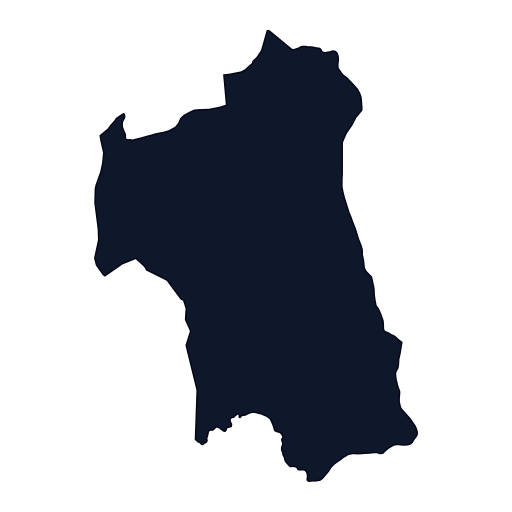 the district of Kota Kotamobagu, Sulawesi Utara, Indonesia
{"feature_id": "22746128B93986330379000", "entity_name": "Kota Kotamobagu", "entity_type": "district", "adm_level": 2, "iso_a3": "IDN", "parent_name": "Indonesia", "parent_adm1": "Sulawesi Utara", "projection": "equal_earth", "projection_center": [124.319, 0.711], "detail": "fine", "context": "isolated", "style": "filled", "palette": "ink", "viewbox_px": 512, "rotation_deg": 0, "n_neighbors": 0, "source": "geoboundaries", "source_scale": "gbopen_adm2", "svg_char_len": 6017}
<svg xmlns="http://www.w3.org/2000/svg" viewBox="0 0 512 512"><path d="M319.9,480.2L322.5,478.3L328.8,470.8L331.0,467.1L335.1,463.2L339.8,460.0L343.3,457.3L345.8,455.9L348.2,454.3L353.2,453.4L357.1,453.7L360.2,453.6L365.0,453.2L367.2,453.2L374.2,452.5L377.0,452.5L380.3,453.6L382.8,453.2L385.5,450.5L388.7,447.9L391.9,446.0L394.4,444.8L397.3,444.4L401.2,444.8L404.3,445.0L406.4,444.9L408.7,444.5L410.7,443.8L412.3,442.2L413.5,440.0L414.7,438.3L416.0,436.7L417.1,434.7L417.2,432.0L416.3,428.8L414.9,425.8L409.9,418.6L401.5,409.2L400.6,407.7L399.9,405.2L399.1,401.2L399.2,397.6L399.6,393.3L399.5,391.1L397.7,386.4L395.9,378.9L395.4,373.2L396.3,370.5L397.5,368.9L398.1,366.7L398.4,364.6L398.7,359.0L399.8,354.5L401.8,342.4L398.1,339.5L395.2,336.8L393.2,335.5L391.2,334.8L387.9,332.7L385.6,332.0L383.7,330.4L383.4,328.4L383.3,324.4L383.0,320.9L382.3,318.8L380.5,313.7L378.7,309.7L377.8,308.1L377.0,307.1L376.5,306.7L375.9,305.3L374.8,299.7L374.2,294.8L373.9,288.5L372.5,281.7L371.4,277.0L368.9,274.4L366.7,272.2L365.6,270.7L364.2,268.0L363.5,260.9L362.2,254.5L362.2,249.7L361.1,245.9L358.3,238.8L356.7,233.5L355.5,229.4L352.5,221.9L351.1,217.8L348.9,212.5L346.9,206.1L344.4,198.2L343.0,192.6L341.9,187.0L341.9,179.1L342.2,173.9L342.2,142.4L343.8,138.6L345.8,134.1L347.5,131.1L349.4,128.5L352.2,124.4L353.9,121.0L355.8,117.3L361.5,110.5L361.8,109.6L361.8,107.5L361.6,105.0L361.2,99.4L360.7,96.3L359.6,93.4L357.2,89.1L353.4,84.8L347.2,78.3L342.6,74.7L337.9,68.2L337.8,64.8L338.3,59.7L338.3,58.6L338.0,56.0L337.2,53.6L336.5,52.6L335.6,51.7L334.4,51.2L333.1,51.1L331.5,51.3L330.8,51.7L329.3,52.1L328.0,52.2L326.5,52.5L325.5,52.8L324.8,52.7L323.2,52.4L322.3,51.9L321.6,51.4L321.3,50.6L321.0,49.8L320.3,49.0L319.7,48.5L318.9,48.3L317.0,48.1L316.2,47.9L315.5,47.8L314.7,47.7L313.6,47.4L312.2,47.1L311.3,47.1L310.2,46.9L308.9,47.0L308.3,47.0L306.2,46.6L305.0,46.5L302.2,46.5L301.0,46.8L298.5,48.2L297.2,48.7L295.5,49.2L294.5,49.6L293.8,49.7L292.2,49.7L291.9,49.6L287.0,45.6L269.0,30.7L267.3,30.8L261.8,50.1L261.1,51.5L257.2,57.3L256.1,58.5L253.7,60.7L253.2,61.2L252.9,61.8L252.8,62.4L252.8,63.0L252.6,63.4L252.3,63.7L249.5,66.0L245.3,69.9L241.2,72.1L228.9,74.5L223.9,75.0L226.6,105.2L220.2,107.3L209.0,109.5L198.1,109.9L194.2,110.3L190.1,112.2L184.0,115.5L180.8,118.6L178.7,123.5L175.7,127.2L169.2,130.8L163.9,132.4L156.0,133.9L151.1,135.4L147.7,136.2L141.8,137.9L133.7,139.9L132.2,140.6L132.0,140.3L131.6,140.0L130.9,139.8L130.3,139.8L129.6,139.8L128.9,139.8L127.5,139.9L126.8,139.7L126.5,139.6L126.0,139.2L125.7,138.7L125.4,138.0L125.4,137.5L125.3,136.3L125.3,135.2L125.2,134.3L124.8,133.1L123.8,131.2L123.4,130.1L122.4,127.2L122.3,126.7L122.2,126.0L122.2,125.1L122.2,124.4L122.2,123.5L122.4,122.3L122.7,121.2L122.9,120.8L123.9,118.9L124.4,117.8L124.7,116.6L124.6,115.6L124.3,114.7L123.8,113.9L123.7,113.8L122.6,114.3L116.5,118.4L115.2,120.5L110.3,126.1L108.5,128.8L100.2,135.7L101.2,141.4L102.6,147.6L103.8,152.7L102.8,163.1L101.0,171.6L96.1,185.4L95.4,188.8L95.0,202.6L98.4,229.5L98.7,240.0L94.8,258.2L96.5,265.0L103.3,274.6L104.9,275.8L122.3,263.7L135.8,258.3L143.8,265.5L145.8,268.0L146.6,269.9L166.3,279.7L167.5,280.7L181.2,299.1L183.3,299.9L183.6,300.2L183.8,300.6L186.2,308.1L186.3,309.0L186.0,312.3L185.6,319.3L185.9,320.4L190.7,331.0L186.2,345.4L197.2,390.1L195.5,438.7L195.5,439.6L195.8,439.7L196.1,439.9L196.4,440.1L196.7,440.4L197.2,441.1L197.6,441.5L198.7,442.1L199.1,442.3L199.8,442.4L200.1,442.6L200.6,443.2L201.3,444.0L201.6,444.2L201.9,444.4L202.2,444.5L202.6,444.5L202.9,444.4L203.3,444.1L203.8,443.6L204.0,443.4L205.2,442.8L206.0,442.3L206.4,441.9L206.7,441.5L206.9,441.1L207.0,440.8L207.0,440.3L206.7,438.9L206.7,438.3L206.8,437.8L206.9,437.3L207.1,436.9L207.4,436.0L207.7,434.7L208.0,433.4L208.1,432.5L208.4,431.6L209.0,430.7L209.5,430.3L209.9,430.1L210.4,430.0L211.3,430.0L211.7,430.1L212.4,430.1L213.0,429.8L213.8,429.3L214.4,428.5L215.6,427.4L216.2,427.0L216.8,426.9L217.6,427.0L218.4,427.4L218.7,427.5L219.5,427.9L219.9,428.2L222.4,430.0L223.2,430.7L224.0,431.1L224.9,431.3L225.5,430.8L225.9,430.2L226.2,429.6L226.3,428.7L226.6,428.3L227.2,427.6L228.3,427.2L229.1,427.0L229.8,426.9L230.5,426.8L231.2,426.4L231.4,425.4L231.5,424.9L231.5,424.5L231.4,423.9L231.0,423.2L230.4,422.1L230.0,420.9L230.0,420.3L230.0,419.8L230.0,419.4L230.3,418.8L230.7,418.4L231.1,417.9L231.7,417.5L232.2,417.4L233.1,417.3L233.7,417.1L234.2,416.7L234.9,415.9L236.2,414.9L237.1,414.1L237.5,413.9L237.9,413.8L238.3,413.9L238.6,414.0L238.9,414.3L239.1,414.6L239.2,415.1L239.3,415.6L239.3,417.0L239.5,417.4L239.8,417.5L240.0,417.4L240.4,417.1L241.2,416.0L241.6,415.6L241.9,415.5L242.3,415.4L244.8,415.1L245.4,414.9L247.7,413.7L249.9,412.9L251.1,412.5L253.5,412.1L254.6,412.2L259.0,413.3L261.9,414.0L262.5,414.3L263.9,415.0L264.8,415.4L266.6,416.1L269.8,418.4L270.2,418.7L270.4,419.1L271.1,420.5L271.8,422.0L272.4,423.4L272.7,424.1L272.9,424.6L273.8,427.0L274.0,428.0L274.3,429.1L274.4,429.6L274.7,430.4L275.0,430.7L276.9,431.6L277.7,431.8L278.6,432.0L279.0,432.1L279.5,432.3L280.4,432.8L280.8,433.2L281.3,433.6L281.5,433.9L282.4,435.3L282.7,435.9L282.9,436.6L282.9,437.1L282.9,437.4L282.7,437.8L282.3,438.4L282.0,439.0L281.9,439.3L281.9,439.6L281.9,439.9L281.9,440.6L282.0,441.0L282.2,441.5L282.6,442.5L282.7,442.8L282.8,443.4L282.8,444.1L282.7,444.5L282.5,445.2L282.1,446.2L281.9,446.8L281.9,447.1L281.7,447.9L281.7,449.1L281.7,449.6L281.7,449.9L281.8,450.3L282.0,450.8L282.7,452.4L282.9,452.8L282.9,453.1L283.0,454.5L283.1,454.9L283.2,455.1L284.3,457.0L284.5,457.9L284.9,459.8L285.3,460.7L285.7,461.6L285.9,461.9L287.5,463.7L288.4,464.7L289.3,465.6L290.0,466.4L290.2,466.5L290.7,466.6L292.5,466.3L293.3,466.3L293.7,466.3L296.5,467.0L296.9,467.4L297.1,467.7L297.8,469.0L298.1,469.5L298.6,469.7L300.1,469.8L303.7,469.8L304.5,470.0L304.8,470.1L305.4,470.5L305.9,471.1L306.6,472.1L306.9,472.8L307.2,473.5L307.4,474.5L307.5,475.8L307.5,476.6L307.5,477.5L307.4,478.2L307.1,479.2L307.4,480.3L307.9,480.9L309.4,481.3L311.4,480.9L313.2,480.8L315.7,480.9L317.7,480.5L319.9,480.2Z" fill="#0f172a" stroke="#020617" stroke-width="1.5"/></svg>